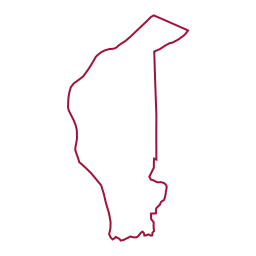 outline of Guaíra, Paraná, Brazil
{"feature_id": "56859067B14850541028605", "entity_name": "Guaíra", "entity_type": "district", "adm_level": 2, "iso_a3": "BRA", "parent_name": "Brazil", "parent_adm1": "Paraná", "projection": "natural_earth1", "projection_center": [-54.219, -24.193], "detail": "fine", "context": "isolated", "style": "outline", "palette": "rose", "viewbox_px": 256, "rotation_deg": 0, "n_neighbors": 0, "source": "geoboundaries", "source_scale": "gbopen_adm2", "svg_char_len": 1583}
<svg xmlns="http://www.w3.org/2000/svg" viewBox="0 0 256 256"><path d="M153.7,15.4L150.9,17.0L148.5,19.4L145.9,22.0L136.8,30.6L130.3,36.8L125.4,41.0L119.2,45.0L116.7,47.2L114.7,48.4L112.1,48.9L109.6,49.0L105.2,50.2L101.4,52.1L97.3,55.3L95.7,57.0L93.4,61.1L90.6,65.8L89.0,68.3L87.4,70.6L84.4,74.7L83.3,76.3L78.9,79.7L73.9,83.3L70.8,87.2L69.1,93.3L68.5,97.6L68.3,99.8L68.0,107.3L68.8,110.5L70.5,114.0L73.6,120.0L75.6,125.1L76.8,130.0L77.0,138.0L76.4,142.3L75.6,146.2L75.2,149.7L76.6,154.2L78.1,158.1L79.2,162.1L81.8,164.3L85.4,167.6L91.1,173.2L95.4,178.3L98.3,181.9L101.1,185.2L103.9,194.2L105.9,202.9L108.9,212.8L110.6,222.3L110.4,228.4L109.1,234.2L110.7,237.5L112.6,239.4L114.7,238.2L115.7,236.9L119.2,238.7L120.8,240.6L123.7,239.9L130.4,236.5L133.6,237.4L136.7,237.3L138.5,235.8L139.8,234.2L140.9,232.7L142.5,231.6L143.9,233.2L144.4,235.6L145.9,235.4L148.5,234.4L150.7,235.6L152.2,235.4L152.5,232.6L154.1,230.9L153.8,229.3L153.6,226.9L153.6,224.9L153.7,222.4L151.1,219.0L151.0,213.6L155.9,213.4L156.2,208.3L159.9,204.6L161.0,202.0L164.2,199.8L164.9,197.2L165.5,194.9L165.9,191.7L166.5,188.6L166.7,186.6L165.8,184.7L164.3,183.2L162.3,182.5L160.5,182.1L158.1,182.4L155.7,181.6L153.4,180.3L150.9,179.6L149.3,176.8L153.8,167.8L153.9,161.5L154.1,158.6L156.4,159.6L156.3,140.2L156.3,128.4L156.4,117.3L156.3,113.0L155.4,87.8L155.3,84.9L155.1,79.7L155.0,74.6L154.8,70.4L154.7,66.5L154.6,63.3L154.3,53.9L154.2,51.5L159.9,49.1L165.0,45.7L169.6,43.2L172.7,42.5L178.5,39.4L184.3,35.1L186.5,32.6L188.0,30.5L185.5,29.3L159.6,17.9L153.7,15.4Z" fill="none" stroke="#9f1239" stroke-width="2"/></svg>